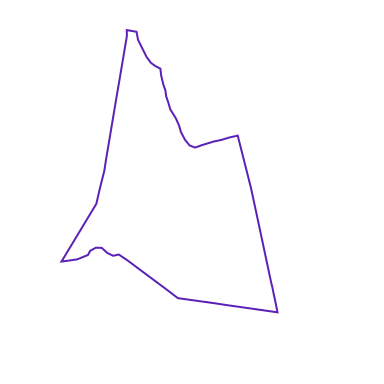 Barra de Guabiraba, Pernambuco, Brazil (Robinson projection), rotated 296°
{"feature_id": "56859067B85963395664365", "entity_name": "Barra de Guabiraba", "entity_type": "district", "adm_level": 2, "iso_a3": "BRA", "parent_name": "Brazil", "parent_adm1": "Pernambuco", "projection": "robinson", "projection_center": [-35.622, -8.422], "detail": "fine", "context": "isolated", "style": "outline", "palette": "violet", "viewbox_px": 384, "rotation_deg": 296, "n_neighbors": 0, "source": "geoboundaries", "source_scale": "gbopen_adm2", "svg_char_len": 844}
<svg xmlns="http://www.w3.org/2000/svg" viewBox="0 0 384 384"><g transform="rotate(296 192 192)"><path d="M262.7,208.4L257.3,201.6L251.7,195.6L246.9,189.4L238.6,180.5L233.3,175.3L232.8,169.4L235.9,162.8L241.1,155.7L246.1,151.2L251.2,145.1L256.7,136.3L262.3,131.2L266.5,127.0L271.7,123.5L275.6,119.5L282.8,113.5L289.0,109.5L289.1,103.9L290.1,98.3L293.5,91.9L305.2,76.7L311.7,71.9L308.9,62.4L303.6,65.1L259.2,78.2L252.2,80.2L183.2,100.6L172.6,103.9L154.1,107.8L139.5,111.2L72.3,105.2L76.6,111.7L81.1,118.3L89.8,126.1L94.6,126.3L99.8,130.0L102.2,135.4L100.1,142.6L100.1,149.1L103.7,153.6L102.2,164.3L97.6,188.5L93.1,212.4L90.4,225.8L92.6,232.6L102.4,262.6L105.6,272.9L119.4,315.6L121.3,321.6L128.8,315.9L136.7,309.7L141.2,306.3L145.0,303.1L200.9,259.4L208.0,253.8L221.4,243.3L262.7,208.4Z" fill="none" stroke="#5b21b6" stroke-width="2"/></g></svg>